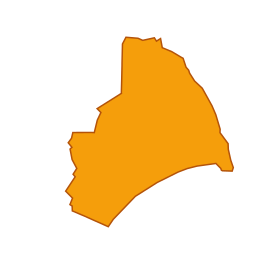 Brunswick, North Carolina, United States of America (Equal Earth projection), rotated 335°
{"feature_id": "52423323B12833551098527", "entity_name": "Brunswick", "entity_type": "district", "adm_level": 2, "iso_a3": "USA", "parent_name": "United States of America", "parent_adm1": "North Carolina", "projection": "equal_earth", "projection_center": [-78.244, 34.108], "detail": "fine", "context": "isolated", "style": "filled", "palette": "amber", "viewbox_px": 256, "rotation_deg": 335, "n_neighbors": 0, "source": "geoboundaries", "source_scale": "gbopen_adm2", "svg_char_len": 899}
<svg xmlns="http://www.w3.org/2000/svg" viewBox="0 0 256 256"><g transform="rotate(335 128 128)"><path d="M158.5,49.5L149.8,67.1L149.2,68.4L142.9,81.2L136.7,93.6L136.7,93.8L108.2,97.4L110.0,102.5L103.5,107.9L95.5,117.9L92.6,116.4L76.1,108.8L72.5,113.4L67.6,116.1L69.0,121.8L66.6,122.6L64.0,133.0L64.5,143.0L58.7,146.7L59.5,149.9L44.8,158.9L48.1,168.1L43.0,172.9L44.4,175.1L42.5,179.6L49.4,187.3L50.7,188.7L59.1,198.4L68.4,209.1L76.1,204.5L105.8,193.0L131.5,189.7L154.9,189.1L164.6,189.8L174.5,191.7L192.7,197.3L195.0,203.8L194.8,205.8L195.6,206.7L204.2,211.1L206.7,208.4L207.5,200.6L209.9,189.7L212.1,184.5L209.4,171.1L211.0,168.0L213.2,153.0L213.5,143.5L212.1,123.3L208.2,113.6L207.0,104.3L207.4,101.3L206.3,97.4L207.4,88.1L206.2,86.5L200.0,77.4L193.0,69.7L195.3,60.7L190.5,61.3L190.0,57.4L178.4,54.8L175.0,50.9L164.5,44.9L158.5,49.5Z" fill="#f59e0b" stroke="#b45309" stroke-width="1.5"/></g></svg>